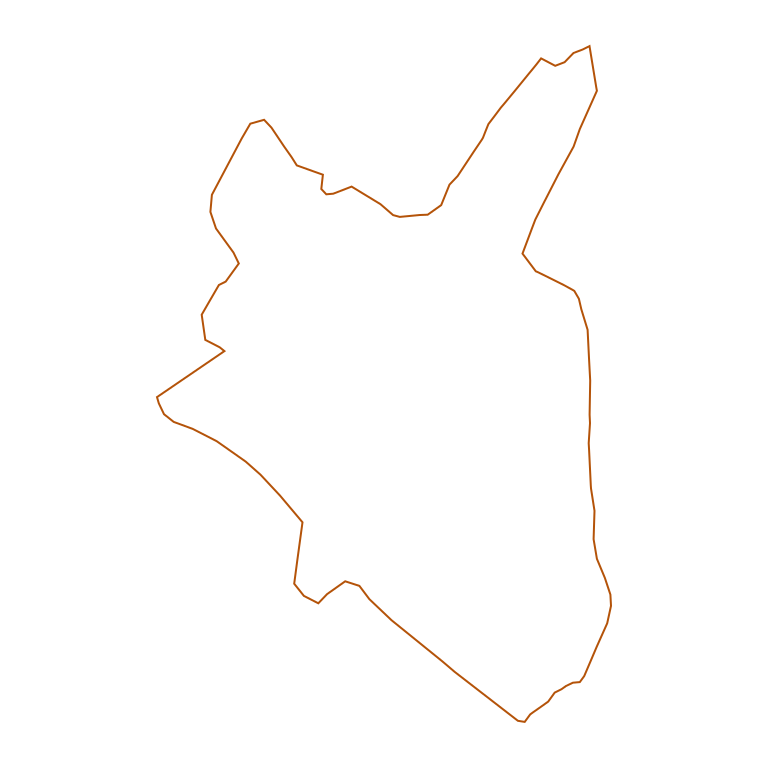 Farshut, Qina, Egypt (Equal Earth projection)
{"feature_id": "37247803B34364320668484", "entity_name": "Farshut", "entity_type": "district", "adm_level": 2, "iso_a3": "EGY", "parent_name": "Egypt", "parent_adm1": "Qina", "projection": "equal_earth", "projection_center": [32.162, 26.057], "detail": "fine", "context": "isolated", "style": "outline", "palette": "amber", "viewbox_px": 768, "rotation_deg": 0, "n_neighbors": 0, "source": "geoboundaries", "source_scale": "gbopen_adm2", "svg_char_len": 1662}
<svg xmlns="http://www.w3.org/2000/svg" viewBox="0 0 768 768"><path d="M157.0,397.1L158.8,403.3L164.0,414.2L173.7,421.9L192.7,428.9L216.7,441.2L245.7,461.6L257.0,471.6L260.4,474.6L280.1,495.7L302.5,522.3L297.4,559.6L294.2,583.7L303.9,595.9L318.3,603.3L327.1,594.1L345.2,581.3L359.4,585.9L369.4,599.2L391.5,620.2L442.5,661.5L454.7,671.9L517.9,720.8L524.7,721.9L530.2,714.4L533.2,712.2L539.2,708.0L548.2,701.6L554.7,692.6L561.5,689.2L566.0,686.0L572.9,682.7L579.8,682.1L584.2,676.1L590.5,661.4L596.7,646.8L607.2,623.3L611.0,605.9L610.4,594.6L604.9,578.0L596.9,558.8L593.6,539.2L594.5,510.8L591.0,488.4L590.8,485.5L589.1,450.2L588.7,443.2L590.0,423.2L589.6,414.7L590.2,380.6L589.0,358.1L587.6,329.8L581.3,309.2L578.9,298.8L574.3,290.9L572.3,289.7L563.7,285.0L552.1,279.2L537.5,272.0L535.8,271.3L522.5,253.6L527.8,239.5L531.8,228.8L535.3,219.6L544.6,201.2L545.5,199.5L558.4,174.3L573.6,146.6L578.6,132.5L579.8,129.1L596.9,90.8L596.3,87.6L589.5,46.1L582.7,49.5L573.5,53.0L564.6,62.2L555.2,65.8L541.1,58.4L536.6,64.2L533.2,68.4L528.9,73.6L520.1,84.4L515.7,89.8L507.1,100.2L505.8,101.8L500.8,107.7L494.5,116.1L488.4,124.1L485.5,131.3L483.0,137.7L481.9,139.6L479.0,143.9L473.6,151.9L457.6,176.1L449.5,184.6L441.2,205.1L427.7,214.7L419.9,215.0L399.8,216.9L393.1,215.1L380.5,204.2L351.6,186.6L334.8,193.1L333.2,193.7L326.3,194.3L321.3,189.0L322.9,174.7L313.0,171.2L296.8,165.4L291.7,157.3L284.1,146.5L271.5,127.7L264.1,119.8L250.3,123.7L241.7,138.5L211.9,194.8L210.4,211.9L213.5,221.1L216.0,228.5L233.5,252.6L238.8,263.5L225.7,281.6L218.9,285.0L210.3,299.8L201.7,314.7L205.3,339.9L219.7,347.3L224.4,351.1L157.0,397.1Z" fill="none" stroke="#b45309" stroke-width="2"/></svg>